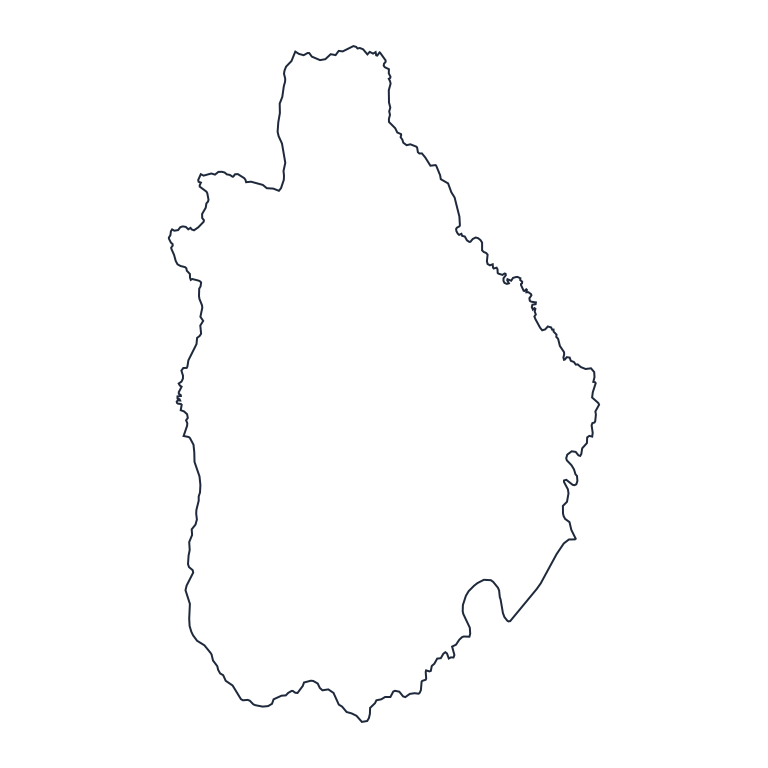 Balboa, Risaralda, Colombia
{"feature_id": "7082276B7209337263297", "entity_name": "Balboa", "entity_type": "district", "adm_level": 2, "iso_a3": "COL", "parent_name": "Colombia", "parent_adm1": "Risaralda", "projection": "equal_earth", "projection_center": [-75.945, 4.923], "detail": "fine", "context": "isolated", "style": "outline", "palette": "slate", "viewbox_px": 768, "rotation_deg": 0, "n_neighbors": 0, "source": "geoboundaries", "source_scale": "gbopen_adm2", "svg_char_len": 6069}
<svg xmlns="http://www.w3.org/2000/svg" viewBox="0 0 768 768"><path d="M575.7,538.7L571.3,529.8L569.5,522.1L565.2,519.0L563.7,516.3L563.0,513.5L562.9,505.9L567.0,501.8L568.5,493.4L567.9,489.3L564.0,482.0L564.0,480.5L566.3,479.8L572.6,484.8L574.5,485.2L576.3,484.3L577.4,481.0L577.0,476.0L575.5,474.3L574.0,469.4L571.4,465.1L566.8,460.3L566.2,458.2L567.3,454.6L571.7,451.3L575.7,451.9L578.4,455.3L580.2,455.9L581.3,454.0L582.2,448.3L586.9,443.1L587.2,437.4L589.3,435.9L592.2,436.6L592.7,432.8L591.6,425.3L592.4,423.1L594.5,422.5L595.2,421.3L595.9,414.7L595.4,411.4L599.1,404.7L598.3,403.0L592.1,397.5L592.8,392.2L595.7,383.2L595.0,382.2L593.3,381.9L594.5,377.2L594.2,372.1L591.0,368.3L585.6,369.0L580.9,367.1L577.7,364.4L575.8,364.6L573.9,362.0L570.8,360.8L569.7,357.6L566.7,357.2L564.9,359.5L564.0,359.8L563.4,357.5L564.2,354.3L564.0,352.1L559.9,346.0L558.1,338.8L556.3,336.9L556.5,334.6L553.6,331.6L553.5,329.6L552.2,329.7L551.1,327.4L547.8,326.5L545.2,329.4L542.2,330.3L540.1,327.7L535.4,319.1L534.4,316.5L535.8,314.5L534.7,311.4L535.4,308.8L534.4,308.1L532.9,309.6L531.8,307.1L532.4,304.7L535.6,304.2L535.9,302.4L531.2,301.7L529.8,300.8L529.4,298.2L531.4,295.4L531.1,294.2L528.4,292.2L526.4,292.3L526.9,289.9L526.3,289.3L524.4,291.0L523.6,290.7L521.0,285.0L521.0,284.0L522.0,283.4L522.2,281.7L520.2,280.0L520.4,278.3L517.5,276.9L515.7,277.1L513.0,277.9L511.2,280.7L507.5,279.2L507.2,280.2L508.9,283.3L506.9,283.9L504.5,282.9L503.5,281.0L503.5,278.2L505.8,275.3L505.6,273.8L504.6,273.5L502.4,274.9L498.4,273.6L497.7,273.0L497.5,269.3L496.6,267.7L493.7,268.5L493.0,267.6L492.7,264.3L489.9,265.3L487.6,264.0L486.9,261.3L487.6,254.7L486.2,253.0L483.8,252.0L482.1,250.4L482.1,242.6L480.5,240.1L478.1,238.2L475.7,237.5L472.7,239.0L470.5,241.7L469.3,241.9L467.0,240.4L464.8,236.5L462.2,235.9L461.4,233.8L459.1,234.9L457.6,233.4L456.4,231.1L456.1,229.0L456.9,227.7L459.5,226.3L459.9,225.2L459.4,216.6L454.6,197.5L451.3,192.2L448.1,183.4L440.8,179.2L440.1,175.2L436.2,165.7L435.6,165.1L430.4,165.7L425.3,157.5L421.9,153.4L419.4,153.5L417.9,152.2L417.1,147.5L416.4,146.7L410.4,144.3L406.6,145.2L403.3,142.7L402.4,139.8L400.6,137.1L401.2,135.1L401.0,134.1L397.3,132.5L395.2,128.2L389.0,122.0L388.9,118.9L390.0,114.8L389.2,111.5L390.3,107.6L389.0,102.5L388.8,90.2L390.6,83.6L390.0,81.1L388.8,78.8L390.2,78.0L390.5,76.8L388.8,73.4L388.9,69.2L384.8,67.2L383.7,65.7L384.0,63.7L385.6,61.9L385.6,60.4L380.1,52.7L379.6,52.4L377.2,55.6L376.2,55.3L375.6,52.1L373.1,53.6L369.7,51.9L367.4,54.4L363.1,49.3L359.8,48.0L357.5,48.5L356.2,46.9L353.4,46.1L342.7,51.4L338.7,50.9L335.6,55.1L330.7,54.2L325.3,59.2L320.0,60.1L311.8,56.6L309.3,53.1L307.6,53.0L303.7,55.2L298.9,53.9L295.3,51.6L291.5,61.0L286.1,66.6L284.5,70.6L284.0,73.7L285.2,78.6L285.1,81.6L283.8,86.3L282.3,96.9L279.7,103.6L279.9,113.0L278.3,122.2L277.6,131.7L278.6,136.1L282.0,143.6L285.3,162.8L283.5,171.0L284.0,175.7L283.8,179.9L281.0,188.2L278.9,190.8L273.3,188.6L266.8,188.2L262.8,184.9L251.0,181.7L246.1,182.2L245.5,179.9L244.3,178.2L237.8,174.1L235.0,174.3L233.3,176.6L232.5,176.7L229.8,174.9L226.9,174.4L224.6,172.5L222.0,171.8L218.4,171.9L215.0,174.6L211.3,173.5L203.6,175.6L200.8,174.2L198.2,180.0L198.6,181.8L200.9,182.6L199.7,185.2L199.7,186.6L206.5,191.7L207.3,193.3L208.5,199.7L208.0,201.6L206.4,203.4L205.7,207.8L202.1,214.0L202.2,218.0L203.9,220.2L203.7,221.7L198.3,227.3L194.0,230.3L191.8,229.5L190.5,227.9L188.3,229.3L185.8,226.9L182.7,226.4L180.3,227.2L178.1,230.1L174.3,230.7L172.1,229.4L170.9,231.3L170.4,235.2L168.9,237.5L168.9,238.6L170.9,242.6L172.6,244.1L172.7,245.6L171.2,247.6L171.3,248.6L174.1,255.0L175.7,260.9L177.5,264.3L180.5,266.0L185.0,267.1L186.3,268.2L186.8,270.7L189.9,274.0L190.0,277.7L190.8,279.9L192.2,279.0L197.4,280.3L199.6,281.0L201.1,282.4L200.6,286.3L199.2,288.7L199.0,296.0L199.4,298.8L202.0,305.3L202.3,307.7L200.4,316.8L203.2,320.9L200.3,325.5L201.1,333.7L199.6,336.0L197.1,337.9L196.5,344.1L188.4,360.3L187.4,366.6L186.7,367.9L183.3,368.0L181.4,370.6L183.0,375.7L182.9,378.7L181.5,381.6L178.7,383.5L179.9,385.6L181.6,386.7L178.8,392.1L178.8,393.8L180.7,395.0L180.9,396.0L177.5,396.4L177.5,398.5L179.5,399.2L180.1,400.5L177.8,400.4L176.7,401.6L177.0,402.9L178.1,403.7L180.9,404.0L181.7,404.8L180.7,410.2L184.0,411.4L187.1,414.2L187.8,417.9L186.1,420.3L187.3,423.2L187.1,425.8L183.6,436.0L188.7,437.0L189.9,438.0L193.5,444.7L194.3,452.6L194.5,461.9L199.5,476.4L200.4,485.0L200.0,492.5L198.7,496.4L198.7,500.7L196.4,509.9L196.2,513.7L196.9,519.5L195.5,524.6L191.7,529.3L192.1,535.0L189.2,542.1L189.7,550.0L188.6,555.4L188.0,564.1L189.0,567.1L192.7,570.2L193.2,572.6L186.6,585.6L185.5,590.2L189.9,603.9L189.2,618.6L189.6,626.0L191.3,631.7L193.1,635.4L197.1,640.8L204.4,645.3L210.8,653.2L211.6,654.6L213.0,660.5L217.3,666.2L218.1,669.7L220.1,673.4L223.2,675.2L225.7,680.8L232.6,685.5L240.9,699.1L242.9,700.3L247.7,699.9L249.8,700.7L253.4,704.4L255.4,705.2L262.6,706.6L268.1,706.1L272.0,703.8L273.6,699.3L281.5,695.7L285.8,695.4L288.2,692.9L291.7,690.9L292.9,691.0L295.1,692.7L297.5,693.0L302.8,685.9L304.0,682.5L310.9,680.7L313.3,681.0L317.7,683.5L319.8,687.9L322.4,690.3L328.3,689.4L333.5,692.9L338.8,704.6L342.1,706.6L346.6,712.0L351.6,713.4L356.5,715.8L361.9,721.9L367.2,721.0L368.9,718.1L369.9,713.9L370.1,707.9L375.0,703.2L376.4,700.3L381.3,699.3L385.1,697.0L390.4,697.0L393.3,691.5L395.0,690.8L399.3,691.7L403.1,696.4L405.3,697.1L409.8,693.9L414.7,693.2L418.6,693.7L419.7,692.8L420.9,690.1L421.6,681.7L422.2,680.9L425.6,679.8L426.2,678.6L425.7,671.9L426.1,670.4L429.4,671.4L430.8,670.9L431.8,665.9L434.3,663.8L437.2,658.6L440.8,658.2L443.3,653.8L445.3,652.2L447.0,653.5L448.8,658.5L450.8,657.4L453.5,657.5L454.4,655.0L452.1,646.6L456.0,644.7L459.3,639.7L462.1,637.1L463.8,636.5L469.4,636.7L470.2,633.7L469.8,627.7L463.3,614.0L462.7,611.2L462.9,605.0L465.9,595.8L468.7,591.1L474.0,585.8L477.4,583.1L483.9,579.8L490.9,580.2L493.3,582.0L498.0,587.8L499.1,590.5L499.8,597.2L500.6,599.5L502.9,613.0L504.4,617.0L507.2,620.6L508.4,621.4L510.2,621.1L536.8,588.9L540.7,583.4L556.6,554.1L563.8,543.4L568.9,539.5L574.9,539.4L575.7,538.7Z" fill="none" stroke="#1e293b" stroke-width="2"/></svg>